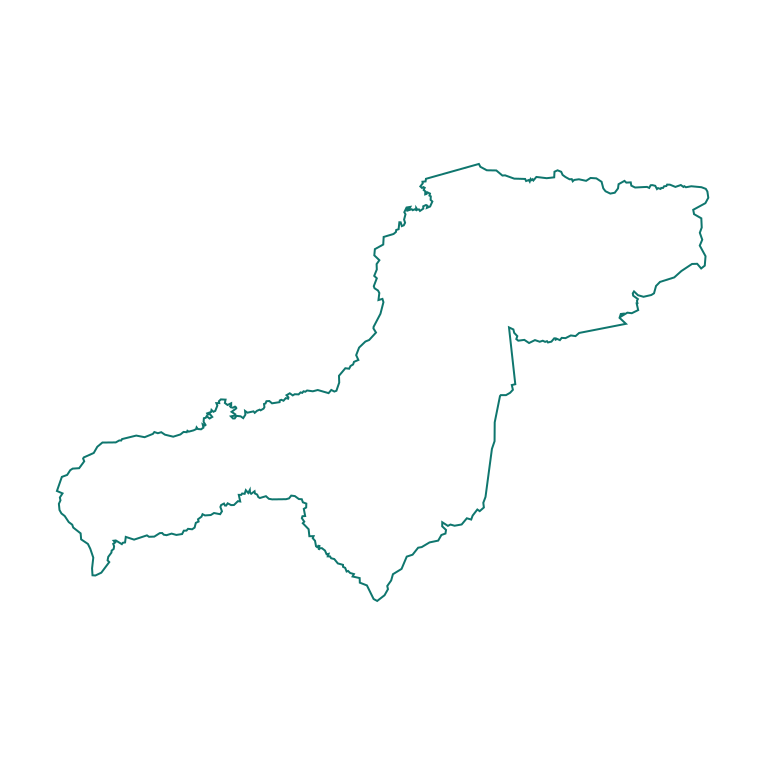 the district of Pelaya, Cesar, Colombia, rotated 178°
{"feature_id": "7082276B17184612487952", "entity_name": "Pelaya", "entity_type": "district", "adm_level": 2, "iso_a3": "COL", "parent_name": "Colombia", "parent_adm1": "Cesar", "projection": "mercator", "projection_center": [-73.607, 8.77], "detail": "fine", "context": "isolated", "style": "outline", "palette": "teal", "viewbox_px": 768, "rotation_deg": 178, "n_neighbors": 0, "source": "geoboundaries", "source_scale": "gbopen_adm2", "svg_char_len": 6112}
<svg xmlns="http://www.w3.org/2000/svg" viewBox="0 0 768 768"><g transform="rotate(178 384 384)"><path d="M714.6,288.5L709.1,285.9L711.9,281.9L711.4,279.0L713.1,275.6L712.7,269.4L710.9,265.9L707.7,263.2L703.9,257.0L700.5,254.3L699.6,251.4L692.4,245.3L692.1,239.3L685.5,234.5L683.3,229.6L680.6,220.6L682.2,209.9L682.0,203.0L679.1,202.7L673.1,205.3L664.8,215.6L666.4,217.4L665.6,220.9L662.3,225.0L662.0,227.0L659.9,228.6L659.4,231.3L660.2,233.7L658.2,235.0L659.6,236.8L657.5,237.0L651.6,233.1L650.6,234.4L648.3,234.7L647.4,240.2L639.2,237.2L626.2,241.0L624.2,239.5L618.9,239.5L613.3,242.8L610.9,242.8L609.4,241.1L606.6,240.5L601.5,241.9L596.8,240.4L591.0,241.1L589.2,244.4L586.5,244.4L584.9,246.1L580.8,245.5L578.3,247.1L576.9,251.8L574.1,253.0L574.6,255.3L571.0,257.8L569.9,260.2L567.5,258.9L561.7,259.1L558.4,261.0L552.3,259.6L550.4,262.4L551.8,266.8L551.0,268.7L548.1,270.1L547.2,268.1L546.0,268.0L544.4,270.2L541.0,268.3L538.2,268.3L534.1,272.0L531.8,271.6L533.0,278.3L530.5,278.2L529.6,279.5L527.1,279.1L525.8,282.7L523.5,279.8L521.8,282.8L521.7,280.1L520.6,278.9L517.1,281.3L516.8,279.1L514.6,277.9L513.5,275.3L512.0,274.4L505.9,276.0L503.1,273.3L499.8,272.6L485.9,272.3L482.9,273.0L480.6,275.7L477.0,275.1L473.1,272.0L470.2,271.7L469.2,268.6L465.8,267.2L466.1,263.3L468.5,262.0L467.4,254.8L470.1,254.7L470.8,252.8L468.5,249.2L470.0,247.7L464.4,241.5L463.9,234.5L459.7,234.4L460.6,232.4L458.4,229.7L457.6,224.2L456.4,223.2L455.3,224.6L454.2,224.4L455.0,220.5L454.1,222.0L451.8,222.1L448.8,219.6L447.3,215.8L445.3,216.2L446.2,213.7L444.0,213.6L442.9,211.7L439.8,210.8L436.4,206.3L431.3,204.7L431.3,202.7L429.2,201.6L427.9,197.9L426.4,198.4L424.4,196.3L420.7,195.1L422.1,192.7L415.1,190.9L415.1,186.3L408.1,183.3L401.9,169.5L398.4,167.4L390.8,172.9L387.2,178.8L387.8,182.0L383.7,187.4L381.7,193.6L372.9,198.6L367.3,210.7L361.4,212.4L355.6,219.2L352.0,219.7L344.0,224.1L335.3,225.6L331.9,231.1L327.8,232.4L327.1,236.0L330.8,239.7L330.6,243.8L325.1,240.0L322.5,241.2L318.4,239.9L311.3,240.9L305.9,246.9L301.6,245.5L300.0,249.4L295.1,255.3L292.8,253.6L288.5,257.1L288.9,261.8L286.5,267.6L278.4,315.4L275.5,323.0L274.7,341.8L268.5,367.9L267.7,368.8L262.5,368.6L258.3,370.8L255.4,373.7L256.3,378.5L252.8,379.2L257.1,436.2L252.8,434.0L252.1,430.6L249.1,427.2L250.2,424.3L248.3,422.6L242.2,423.2L237.6,419.9L231.6,422.6L226.9,420.8L223.8,421.7L221.5,420.5L219.6,421.1L218.7,419.8L215.2,420.5L212.3,423.7L210.8,423.6L210.8,422.4L209.4,423.0L206.7,421.7L204.8,423.9L201.0,423.5L195.6,426.0L190.9,425.2L187.2,428.2L140.1,435.7L146.3,441.9L144.9,445.7L142.6,445.9L144.0,443.6L138.3,446.8L133.9,446.1L127.4,449.0L128.7,455.8L127.9,455.9L128.3,458.3L127.3,460.0L131.9,463.6L132.2,465.9L130.9,467.8L127.1,463.9L121.6,462.1L113.8,463.6L111.0,465.2L108.7,472.5L104.6,476.4L90.2,480.4L82.9,486.5L72.0,493.2L66.8,493.2L63.0,488.4L59.3,491.1L58.2,500.5L63.6,511.3L60.9,517.1L63.1,524.1L61.0,529.3L61.1,538.5L68.2,542.9L68.9,547.3L56.5,553.5L53.4,558.8L54.1,565.1L55.6,567.8L59.9,569.6L70.0,570.9L75.4,570.1L77.0,571.2L77.9,570.5L80.4,572.5L85.9,570.8L91.2,573.2L94.1,573.4L94.9,572.0L97.2,571.8L98.3,570.2L100.1,570.3L100.8,569.3L103.3,570.2L104.4,569.3L106.0,572.6L108.9,573.4L110.6,573.3L112.1,570.7L114.3,571.8L126.2,571.6L129.9,573.6L130.4,576.9L134.8,576.8L136.6,578.6L142.6,575.5L143.3,571.3L146.7,567.1L151.2,566.4L155.9,568.9L158.0,571.8L159.5,578.5L164.6,582.1L170.4,582.7L174.9,580.0L182.1,581.8L186.8,581.3L188.3,580.0L189.2,582.2L191.4,582.1L195.4,584.5L198.2,586.7L199.5,589.9L203.1,591.5L206.2,590.2L206.7,584.6L214.2,584.0L224.5,585.6L227.6,582.2L228.3,583.4L229.3,582.6L230.3,583.8L231.3,581.2L232.2,582.8L234.9,581.9L235.8,584.0L246.7,584.7L255.7,588.3L258.4,588.2L264.3,593.5L273.8,594.0L280.1,597.7L281.5,600.6L334.9,587.6L335.4,585.0L338.5,584.8L338.3,583.1L340.8,580.2L339.2,578.6L337.8,579.4L336.5,578.7L337.6,576.5L336.0,575.1L336.2,572.1L334.8,572.5L334.1,574.1L331.4,572.7L332.0,570.7L330.7,569.9L331.0,566.4L329.3,564.7L331.7,559.8L335.0,558.5L334.4,560.7L335.8,561.4L338.6,560.2L338.6,557.9L342.0,555.7L343.0,557.3L344.6,557.0L345.7,558.9L345.9,556.8L347.3,557.5L349.2,556.7L350.2,557.7L354.7,556.4L355.3,558.4L352.3,558.7L351.5,560.1L355.3,559.6L357.7,555.0L356.6,552.9L358.2,547.6L357.3,544.4L358.7,541.9L360.7,541.2L361.7,545.0L363.0,545.1L364.0,538.2L366.4,537.5L366.8,535.5L369.2,533.6L379.2,531.0L379.9,523.4L388.4,519.1L389.2,512.9L384.3,507.9L387.2,504.1L387.2,498.7L390.0,492.4L387.5,489.9L390.8,482.1L390.1,480.0L386.7,477.6L385.5,475.1L386.6,468.1L382.6,469.1L381.7,465.8L385.1,454.3L392.4,441.5L392.6,439.9L390.2,435.7L397.3,428.5L401.1,427.1L407.6,421.3L410.8,413.8L408.8,408.9L413.2,407.2L414.2,404.6L416.8,403.2L418.3,400.5L422.1,401.1L428.7,393.8L428.7,387.0L431.8,378.9L433.9,378.2L436.9,379.9L439.7,376.8L450.4,380.3L455.4,379.2L461.1,380.2L462.9,379.0L464.7,379.5L466.0,378.0L467.7,378.5L469.7,376.6L473.6,376.9L475.6,375.8L478.5,378.0L481.8,376.2L480.0,374.0L480.3,372.7L482.7,373.3L485.0,370.8L487.2,371.8L488.7,371.2L489.0,369.5L496.6,368.6L499.2,371.0L502.1,370.9L503.1,368.7L504.6,368.2L504.3,365.1L505.2,363.6L508.2,362.0L509.1,362.7L511.8,361.7L514.2,359.7L515.4,361.2L521.5,360.1L523.8,361.9L523.6,358.2L525.9,354.8L528.4,356.7L532.5,357.3L534.4,354.8L536.1,354.8L538.1,357.0L534.4,357.6L533.7,358.9L537.3,361.5L532.5,364.8L532.6,365.7L533.7,366.6L535.8,365.6L537.9,366.1L538.6,367.1L537.5,367.9L537.4,370.1L541.1,368.5L543.7,370.6L542.9,373.9L547.6,374.3L549.6,372.5L549.3,370.6L552.2,370.7L551.3,368.2L553.6,363.0L555.5,362.2L557.3,364.1L557.8,362.1L561.8,360.8L561.2,359.6L559.0,360.0L556.8,357.1L559.5,355.6L562.4,358.0L563.4,356.4L565.2,356.1L565.6,352.5L563.8,349.3L564.6,348.7L566.6,350.0L566.0,346.7L568.4,345.1L571.6,345.5L572.8,347.2L573.4,345.4L576.0,344.3L580.8,343.2L582.1,344.1L582.8,342.7L586.0,343.1L589.2,340.7L596.5,338.7L604.7,341.0L608.3,343.6L611.7,342.7L615.2,344.0L616.7,342.2L625.1,339.2L633.4,341.1L647.7,338.1L648.6,336.7L650.6,336.8L654.1,335.0L667.5,335.3L672.7,331.3L676.5,325.2L686.6,321.1L687.3,320.0L686.3,317.2L691.6,310.5L698.1,310.3L700.6,308.8L703.8,304.2L709.2,302.4L714.6,288.5Z" fill="none" stroke="#0f766e" stroke-width="2"/></g></svg>